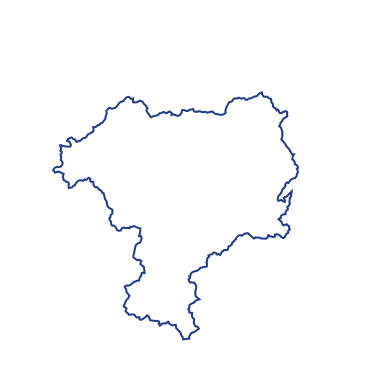 the district of Binh Gia, Lạng Sơn, Vietnam, rotated 54°
{"feature_id": "81297802B86040607446214", "entity_name": "Binh Gia", "entity_type": "district", "adm_level": 2, "iso_a3": "VNM", "parent_name": "Vietnam", "parent_adm1": "Lạng Sơn", "projection": "natural_earth1", "projection_center": [106.28, 22.064], "detail": "fine", "context": "isolated", "style": "outline", "palette": "blue", "viewbox_px": 384, "rotation_deg": 54, "n_neighbors": 0, "source": "geoboundaries", "source_scale": "gbopen_adm2", "svg_char_len": 6020}
<svg xmlns="http://www.w3.org/2000/svg" viewBox="0 0 384 384"><g transform="rotate(54 192 192)"><path d="M244.5,314.5L247.6,313.4L249.5,315.9L253.1,315.1L254.2,315.2L256.4,311.6L257.4,310.7L260.8,310.7L262.5,308.1L264.0,309.3L264.4,309.3L265.5,308.2L265.9,306.6L265.8,302.4L265.2,301.3L265.3,300.9L267.4,300.3L271.1,301.2L274.5,297.9L275.7,296.0L277.5,294.8L278.7,295.4L278.9,296.3L281.2,296.6L281.4,296.1L280.8,294.2L281.4,292.5L283.2,289.9L282.7,288.6L283.0,287.5L283.4,287.2L285.0,287.9L288.5,286.2L289.9,283.2L293.2,284.9L295.5,284.3L299.1,284.0L301.9,285.0L304.2,284.9L305.9,285.9L308.9,280.7L307.2,279.1L305.7,275.8L306.6,271.8L306.6,266.8L304.6,266.7L302.2,268.2L299.3,267.7L296.1,265.0L294.5,265.4L292.4,265.1L290.0,263.0L287.9,265.0L286.1,263.8L284.6,263.9L284.0,262.2L282.2,260.9L281.9,259.8L282.3,256.3L282.7,255.2L282.6,254.6L282.1,254.3L282.2,252.3L283.1,249.1L278.7,250.3L275.3,248.6L271.5,244.5L269.9,243.6L266.6,243.4L265.7,244.7L264.9,245.3L263.9,246.9L260.9,246.4L260.4,244.1L258.6,243.8L259.1,243.0L257.7,241.3L257.1,239.7L257.2,238.2L258.9,233.2L258.3,229.5L261.0,223.8L258.6,221.8L257.2,221.6L256.8,220.6L254.4,218.3L254.4,216.2L253.0,216.0L253.4,213.9L254.2,212.2L253.8,211.3L253.9,209.6L255.5,208.6L257.4,208.5L257.7,207.1L259.5,206.3L257.8,202.5L258.1,201.5L257.7,200.8L258.7,198.7L259.4,198.2L259.6,196.8L257.4,194.3L258.1,193.0L257.8,192.3L258.0,191.0L256.6,189.1L256.7,187.8L256.0,186.2L256.1,184.4L255.0,182.9L254.7,179.7L255.2,178.4L256.5,177.6L256.7,176.2L256.6,174.2L258.1,171.0L266.0,169.3L266.2,168.7L266.0,167.2L266.6,166.9L268.3,164.5L270.4,163.2L273.2,159.6L273.2,157.7L271.7,155.7L272.2,155.2L273.9,155.0L274.8,153.6L276.2,153.0L276.7,150.9L275.3,150.1L275.7,148.8L276.6,147.5L278.7,146.5L280.8,146.3L282.9,145.4L283.1,143.5L282.5,143.2L282.3,141.7L281.3,140.4L281.6,138.1L280.0,137.1L279.7,134.7L278.2,134.6L276.4,133.5L275.1,134.4L273.8,134.3L272.7,137.7L271.0,137.7L268.1,137.1L264.9,138.1L264.6,137.2L265.2,135.4L263.7,134.2L263.5,131.7L264.1,131.1L264.8,129.2L263.6,128.4L262.6,126.8L262.4,124.6L260.1,123.7L260.0,121.7L258.8,119.5L257.1,119.0L255.4,117.1L254.3,116.6L253.6,114.2L252.0,113.3L251.4,112.1L250.0,110.9L251.3,118.6L250.6,119.8L250.7,121.3L253.4,121.6L254.6,122.8L253.0,123.9L250.8,124.4L250.2,126.9L249.5,127.4L248.8,127.3L246.9,125.7L245.7,123.6L245.8,122.7L245.2,120.6L242.8,116.7L243.1,115.7L242.3,114.4L242.1,113.0L240.7,112.0L240.4,111.3L240.1,109.4L241.4,108.7L240.2,104.9L240.7,101.6L241.3,100.3L241.2,99.6L240.6,98.1L239.2,96.6L238.3,94.7L237.3,94.1L234.8,93.5L234.7,92.1L234.1,91.6L232.0,91.4L229.9,92.5L227.9,91.2L226.1,91.2L224.6,91.7L222.2,89.3L221.5,87.4L220.3,88.8L216.8,88.6L215.5,88.2L209.9,88.7L207.4,88.3L201.8,88.8L200.7,86.8L199.4,85.6L198.2,85.3L197.4,84.0L192.4,82.2L190.0,82.8L189.5,81.3L188.1,79.6L187.6,77.6L187.0,76.6L187.0,75.8L186.4,75.0L186.8,70.4L185.0,69.4L183.6,68.1L182.6,68.1L181.6,68.8L181.2,70.5L180.6,71.2L181.0,73.0L179.5,74.7L176.1,73.9L175.7,74.2L175.7,75.6L173.5,75.2L172.2,76.0L170.4,76.2L168.1,74.8L166.0,75.0L163.9,73.7L163.2,73.5L161.1,74.8L159.2,75.0L157.2,77.8L154.2,77.9L152.6,76.9L152.0,78.6L152.0,81.0L152.5,83.3L151.5,85.3L150.9,89.3L149.9,90.8L149.7,93.6L149.0,94.2L146.7,94.6L145.4,97.2L143.2,98.6L143.1,100.4L142.2,101.1L141.2,102.7L141.4,104.4L142.2,106.7L141.1,108.9L144.0,115.0L146.0,117.3L147.5,118.0L147.7,118.4L147.9,119.4L147.4,121.9L146.0,123.9L141.9,127.6L138.7,128.3L136.8,133.0L135.3,133.7L133.9,136.1L130.6,139.0L130.1,140.9L128.2,142.9L125.5,142.4L125.2,143.5L124.2,144.9L124.0,147.5L123.5,148.6L120.8,150.5L120.1,151.6L120.1,152.1L121.8,154.0L122.6,156.5L122.2,158.8L118.2,161.4L117.7,163.3L116.2,162.0L113.9,162.6L113.5,163.3L113.3,166.1L112.5,167.0L110.8,167.6L110.4,168.3L110.1,170.4L109.3,172.1L109.7,174.5L107.8,179.4L107.5,181.3L99.7,181.1L98.9,180.6L98.1,178.7L96.5,179.0L95.4,178.5L92.4,179.1L89.7,179.0L87.4,180.6L86.8,184.2L85.0,186.8L83.9,186.5L81.7,184.7L81.0,186.6L78.8,186.9L77.6,187.5L76.9,189.9L78.1,194.3L77.3,196.0L77.1,197.9L78.9,204.1L78.0,207.1L77.2,208.2L75.6,208.9L75.1,209.6L75.9,213.5L78.4,214.9L80.3,217.7L81.7,218.8L83.3,223.3L82.9,224.9L83.2,227.6L82.5,229.0L82.9,229.6L82.7,231.9L81.4,233.8L83.4,234.7L85.0,236.4L84.3,242.6L85.6,246.1L84.5,248.2L84.8,252.5L84.0,253.8L84.1,255.0L83.8,255.8L83.3,256.1L80.9,255.6L79.7,256.8L77.6,257.1L76.8,257.8L76.3,261.1L76.8,262.8L77.4,263.0L79.2,261.6L82.6,262.2L83.7,263.6L82.3,265.9L78.8,269.5L77.2,270.3L76.7,271.3L80.0,272.2L81.2,274.2L83.2,273.7L83.9,274.6L84.5,276.5L86.7,277.1L88.9,279.4L91.9,279.2L93.2,280.3L94.0,281.5L94.1,284.5L92.5,286.3L91.7,288.4L92.1,290.4L93.1,291.6L93.8,291.2L95.7,291.5L97.1,287.8L101.9,285.2L102.7,286.3L103.6,287.0L104.1,287.9L105.4,288.1L106.8,288.9L107.7,288.2L109.6,287.9L110.4,286.9L111.8,286.4L112.9,286.7L115.1,288.7L116.4,289.3L117.6,286.8L117.3,283.5L117.7,282.7L117.0,281.5L116.1,278.6L116.4,276.2L116.8,275.3L118.9,273.7L118.7,271.4L119.7,270.9L120.1,270.3L119.7,267.4L119.9,267.1L121.7,266.6L123.1,267.9L123.6,268.0L124.4,267.6L125.8,265.9L127.9,267.2L129.8,267.7L131.5,267.2L132.4,265.8L134.5,266.0L135.6,265.2L136.2,265.5L136.9,264.9L138.4,264.7L140.0,265.1L141.0,264.2L146.6,266.5L149.2,266.6L152.2,268.1L155.0,268.7L157.2,268.0L158.8,267.0L159.7,266.9L162.6,269.0L162.8,270.9L163.1,271.7L164.3,272.7L164.5,274.1L164.9,274.5L165.9,274.9L168.6,275.0L170.3,276.2L172.0,276.5L173.2,275.1L174.8,274.5L176.0,274.4L178.7,275.1L180.3,274.1L181.3,272.2L180.1,270.1L180.5,268.5L180.7,268.0L182.0,267.3L182.6,266.0L184.6,263.7L183.9,262.3L184.9,261.0L185.5,258.9L189.9,256.4L191.1,255.2L193.8,257.4L196.6,260.8L197.3,259.5L199.4,259.6L200.0,260.1L202.4,263.6L201.7,266.4L202.0,268.8L209.7,277.5L210.6,277.8L214.9,276.5L215.8,274.5L217.8,273.5L219.9,276.1L224.5,275.0L229.8,278.0L229.7,278.3L228.6,278.7L228.1,279.3L228.0,280.1L228.4,280.9L229.6,281.9L230.8,285.0L232.5,286.8L231.4,288.9L230.7,292.3L231.0,295.7L230.4,298.6L229.2,299.7L228.9,301.8L229.5,302.3L232.2,302.5L234.4,303.8L239.2,303.6L240.5,306.4L241.0,309.1L244.5,314.5Z" fill="none" stroke="#1e3a8a" stroke-width="2"/></g></svg>